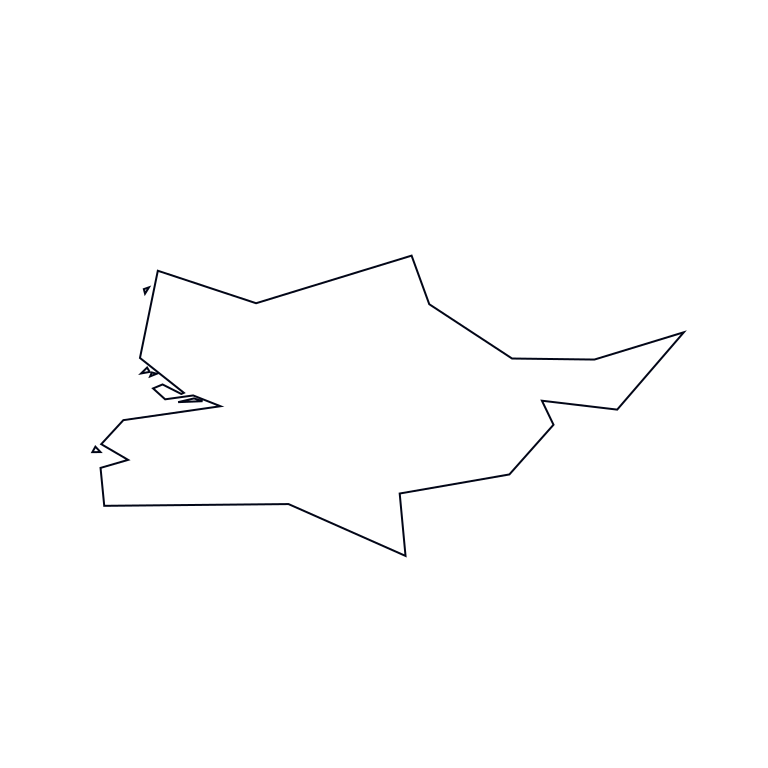 outline of Maranhão, rotated 254°
{"feature_id": "BRA-593", "entity_name": "Maranhão", "entity_type": "State", "adm_level": 1, "iso_a3": "BRA", "parent_name": "Brazil", "parent_adm1": "", "projection": "equal_earth", "projection_center": [-45.076, -5.686], "detail": "coarse", "context": "isolated", "style": "outline", "palette": "ink", "viewbox_px": 768, "rotation_deg": 254, "n_neighbors": 0, "source": "natural_earth", "source_scale": "10m", "svg_char_len": 739}
<svg xmlns="http://www.w3.org/2000/svg" viewBox="0 0 768 768"><g transform="rotate(254 384 384)"><path d="M344.0,81.5L381.5,88.4L381.6,117.1L404.1,95.6L421.1,123.5L407.7,220.7L425.6,197.4L429.6,169.4L443.4,160.8L444.6,171.0L430.3,186.4L430.7,189.2L476.3,156.6L555.2,197.8L496.9,283.3L499.8,445.9L448.2,449.5L373.2,514.1L349.5,593.0L351.1,686.5L295.1,601.1L324.4,531.2L298.1,535.7L262.5,479.6L274.4,368.9L212.8,357.3L294.9,259.1L344.0,81.5ZM423.3,181.1L422.5,197.4L417.5,204.8L423.3,181.1ZM461.1,153.4L465.1,160.8L460.2,162.1L461.1,153.4ZM398.9,84.9L403.3,89.3L396.7,92.7L398.9,84.9ZM541.4,179.3L541.7,184.7L536.7,179.2L541.4,179.3ZM456.5,168.3L455.8,161.3L459.1,164.0L456.5,168.3Z" fill="none" stroke="#020617" stroke-width="2"/></g></svg>